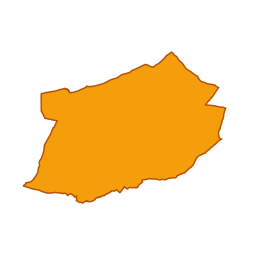 Mbulu, Manyara, United Republic of Tanzania, rotated 16°
{"feature_id": "72390352B2366371930573", "entity_name": "Mbulu", "entity_type": "district", "adm_level": 2, "iso_a3": "TZA", "parent_name": "United Republic of Tanzania", "parent_adm1": "Manyara", "projection": "robinson", "projection_center": [35.288, -3.94], "detail": "fine", "context": "isolated", "style": "filled", "palette": "amber", "viewbox_px": 256, "rotation_deg": 16, "n_neighbors": 0, "source": "geoboundaries", "source_scale": "gbopen_adm2", "svg_char_len": 5754}
<svg xmlns="http://www.w3.org/2000/svg" viewBox="0 0 256 256"><g transform="rotate(16 128 128)"><path d="M35.2,119.2L35.8,121.2L35.9,122.2L36.3,123.0L36.8,124.5L36.9,125.3L37.2,126.4L38.2,129.2L38.2,129.7L39.3,133.3L39.7,134.2L39.6,134.6L39.8,134.9L39.8,135.4L39.9,135.5L42.8,138.4L45.5,141.6L47.5,141.3L48.6,141.3L49.6,141.3L51.2,141.0L51.8,141.0L52.5,141.1L53.7,140.9L55.3,140.9L56.4,140.7L57.9,140.6L56.7,148.1L56.0,148.3L55.2,155.5L52.4,167.1L52.4,168.2L52.8,168.5L52.7,169.3L53.0,170.7L53.4,174.0L53.4,178.0L53.2,180.7L52.8,182.0L52.1,184.0L52.0,184.7L52.5,186.6L53.3,188.3L53.3,189.1L53.0,190.5L53.0,191.7L53.1,193.0L53.4,194.6L53.3,197.2L52.3,200.5L52.1,201.4L51.5,202.3L51.3,203.5L50.5,204.9L50.2,205.3L49.6,206.1L49.2,206.4L48.3,207.3L47.1,207.7L45.5,208.7L45.0,208.8L45.1,209.2L45.1,209.6L44.4,210.8L44.3,211.1L44.2,211.2L43.8,211.8L43.5,212.1L43.4,212.4L43.5,212.5L45.4,212.6L46.5,212.7L47.7,212.6L50.2,212.8L52.8,212.9L54.8,212.7L55.9,212.5L56.3,212.6L57.3,212.5L58.7,212.2L59.7,212.2L61.6,212.6L64.1,212.8L68.3,212.8L69.5,212.5L73.7,211.0L76.1,209.9L77.9,209.7L80.7,209.2L82.7,209.1L84.0,208.8L84.2,208.5L84.7,208.3L85.1,208.2L87.1,208.4L87.4,208.8L88.4,209.4L88.7,209.4L88.9,209.4L90.0,207.5L90.3,207.3L91.1,207.2L91.6,206.9L92.0,206.8L92.4,207.3L92.7,207.3L93.1,207.6L93.7,207.9L94.3,207.8L94.7,208.0L95.1,208.5L95.2,208.9L95.6,209.0L96.2,208.8L96.8,208.3L97.3,207.9L97.3,208.4L97.5,208.8L97.6,209.7L97.8,209.8L97.9,210.2L98.2,210.3L98.6,211.0L98.3,211.4L98.3,212.0L98.6,211.9L99.4,212.1L99.9,212.4L100.6,212.8L101.9,212.7L103.2,212.4L104.4,212.4L104.8,212.5L105.1,212.7L105.6,212.1L105.7,211.8L106.8,210.7L107.2,210.6L107.3,210.2L107.8,210.0L107.8,209.8L107.9,209.6L108.5,209.3L108.9,209.7L109.1,209.7L109.3,209.5L109.8,209.5L110.2,209.7L110.7,209.6L110.9,209.5L111.3,209.5L111.4,209.3L111.6,209.2L111.9,209.2L112.8,208.6L113.3,208.5L113.9,208.1L115.3,206.7L115.9,206.0L116.1,205.7L116.3,204.8L116.7,204.3L117.5,203.3L117.9,203.3L118.2,202.8L118.5,202.7L118.7,202.9L118.9,202.5L119.2,202.2L119.5,202.3L119.5,202.1L120.1,202.1L120.3,201.7L120.5,201.7L120.9,201.7L121.7,200.6L121.9,200.3L122.6,200.0L122.9,199.7L123.2,199.7L123.7,199.8L123.8,199.6L123.8,199.3L124.0,199.2L124.3,198.7L124.5,198.7L124.7,198.1L125.0,197.7L125.1,197.4L125.4,197.3L125.6,196.9L125.8,197.0L126.2,196.9L126.4,196.6L126.7,196.6L126.9,196.4L127.2,196.3L127.2,195.9L127.6,195.4L128.2,195.0L128.2,194.6L128.4,194.4L128.6,194.5L128.8,194.1L128.8,193.8L128.9,193.7L129.1,193.9L129.3,193.6L129.4,193.1L129.8,192.8L130.1,192.8L130.3,192.7L130.5,192.7L130.9,192.6L131.3,192.3L132.1,192.5L132.5,192.2L132.9,191.5L133.4,191.5L133.8,190.5L138.0,192.4L139.2,189.7L140.7,185.8L140.9,185.5L141.1,185.6L142.7,186.4L144.3,186.7L145.5,184.9L146.1,184.5L147.2,184.5L148.6,184.2L150.0,183.7L151.8,183.3L153.1,182.9L153.9,181.3L154.0,180.2L154.5,179.1L156.3,176.9L156.9,175.8L156.8,175.5L156.0,174.8L155.8,174.3L156.2,173.9L157.0,173.4L158.7,173.0L159.7,172.3L162.9,170.6L165.2,170.4L166.0,170.2L167.2,169.7L168.3,169.5L169.4,169.4L170.0,169.2L171.4,169.3L173.3,169.1L174.3,168.2L175.3,167.7L176.3,167.8L177.1,167.8L178.9,166.9L180.1,165.8L181.1,165.1L184.5,163.6L186.1,163.1L187.4,162.8L187.9,162.3L188.2,161.7L188.4,160.4L188.6,160.0L188.9,159.7L189.8,159.4L190.4,158.7L190.6,158.3L191.3,157.9L191.8,157.7L192.7,157.0L193.2,156.5L193.9,156.0L194.6,155.8L195.2,155.1L195.3,154.4L196.1,153.2L196.6,152.3L197.3,151.2L198.6,149.2L199.3,148.5L199.9,147.6L200.6,146.0L200.9,145.0L202.0,139.1L202.5,137.6L203.1,136.0L204.7,134.3L206.7,132.8L207.6,132.0L209.0,130.8L209.7,129.8L209.9,129.1L210.2,128.6L210.4,128.1L211.7,126.8L212.7,124.7L213.7,123.4L214.7,121.8L216.7,119.0L217.8,116.9L218.5,115.7L219.3,114.7L220.8,113.0L219.6,113.0L218.8,112.4L218.0,111.6L217.2,110.2L216.9,109.6L216.3,107.5L216.3,106.9L216.2,106.3L216.1,106.0L216.1,105.4L216.5,104.8L216.5,104.4L216.3,104.1L216.5,103.7L216.8,103.1L216.5,102.1L216.7,100.5L216.6,100.2L216.5,99.9L216.5,99.6L216.5,99.3L216.6,99.1L216.7,97.7L216.6,97.2L216.4,96.8L216.4,96.4L216.7,96.2L216.4,95.1L216.4,94.8L216.4,94.4L216.8,93.4L216.8,92.5L216.8,91.6L216.4,89.1L216.2,88.8L216.2,84.7L216.4,82.1L212.8,81.9L211.3,82.5L205.1,82.8L196.2,84.4L196.7,82.9L196.9,82.5L196.9,82.4L197.8,80.2L198.9,78.6L198.6,78.2L200.1,75.6L200.9,73.6L203.8,64.2L203.6,64.2L202.4,63.8L201.6,63.7L200.7,63.4L200.4,63.1L199.7,62.8L198.1,62.9L197.9,62.9L197.4,62.9L193.9,63.4L192.1,63.5L190.6,63.4L188.9,63.1L188.2,63.1L187.6,63.2L187.0,63.1L186.9,63.2L186.0,63.1L184.4,62.6L182.2,61.0L180.9,59.7L180.5,59.2L180.4,59.2L179.9,58.9L178.6,58.8L177.1,58.3L175.5,57.6L174.7,57.4L173.0,56.6L169.8,55.7L167.1,54.7L166.3,54.2L164.6,52.5L163.4,51.6L162.9,51.2L162.6,51.0L162.0,50.5L160.9,50.0L159.0,49.2L157.9,48.5L157.3,48.1L156.4,47.1L155.0,46.0L154.5,45.7L152.6,45.4L152.2,45.1L151.8,44.5L151.0,43.8L150.2,43.5L148.8,43.1L148.5,43.4L148.5,43.5L147.9,44.5L144.9,48.0L144.5,48.8L144.0,50.5L143.7,50.9L143.6,51.3L139.7,57.6L137.2,60.0L135.8,62.4L132.6,62.8L130.5,62.2L127.4,62.0L125.1,63.8L118.4,69.8L115.8,71.7L114.5,74.1L107.1,78.6L103.8,82.8L98.3,86.3L92.4,91.8L85.0,96.5L80.2,98.7L76.5,99.3L76.5,100.4L73.9,102.5L73.7,102.7L73.1,103.1L72.9,103.4L71.4,104.5L71.0,105.2L70.8,105.3L70.3,105.8L69.7,106.2L65.8,108.6L64.2,109.4L62.6,110.1L62.0,110.1L61.9,110.0L61.7,109.7L61.6,109.0L61.4,108.9L61.1,109.0L61.0,108.6L60.9,108.5L60.5,108.5L60.4,108.1L60.1,107.8L59.6,108.1L59.2,107.5L59.1,107.4L59.0,107.5L58.9,108.0L58.7,107.9L58.1,107.5L57.9,107.4L57.6,107.6L57.3,108.1L57.1,108.1L56.6,107.4L56.3,107.3L55.9,107.6L55.1,108.0L54.7,108.4L54.1,108.8L52.9,109.3L51.5,110.2L50.8,110.6L49.5,111.6L48.1,112.5L43.2,114.6L42.7,115.1L42.2,115.3L41.4,115.6L40.4,116.2L39.7,116.3L39.4,116.5L36.6,118.3L35.7,118.7L35.2,119.2Z" fill="#f59e0b" stroke="#b45309" stroke-width="1.5"/></g></svg>